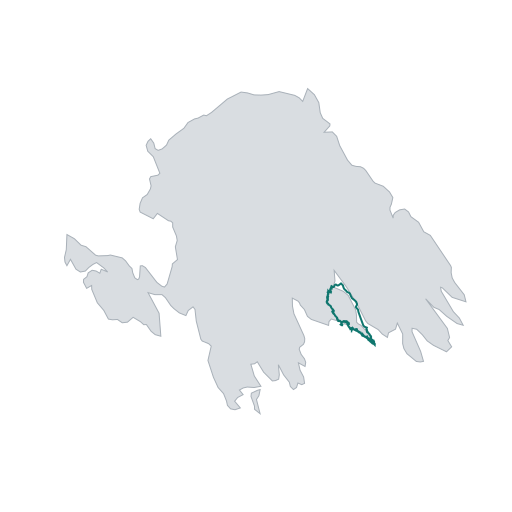 location of Kilrush Lea-5, Clare, Ireland, rotated 249°
{"feature_id": "5873133B68451217430396", "entity_name": "Kilrush Lea-5", "entity_type": "district", "adm_level": 2, "iso_a3": "IRL", "parent_name": "Ireland", "parent_adm1": "Clare", "projection": "natural_earth1", "projection_center": [-9.571, 52.715], "detail": "fine", "context": "in_parent", "style": "outline", "palette": "teal", "viewbox_px": 512, "rotation_deg": 249, "n_neighbors": 0, "source": "geoboundaries", "source_scale": "gbopen_adm2", "svg_char_len": 8931}
<svg xmlns="http://www.w3.org/2000/svg" viewBox="0 0 512 512"><g transform="rotate(249 256 256)"><path d="M325.6,100.6L314.3,106.5L312.6,108.8L309.5,117.8L309.1,120.4L302.2,130.4L298.2,132.5L292.2,134.1L288.8,135.7L284.5,134.9L279.1,135.0L276.4,136.8L276.5,138.2L278.2,139.8L288.2,144.4L287.7,146.4L284.9,148.6L266.9,154.0L261.6,157.2L259.8,159.4L261.7,163.0L276.1,173.9L278.6,175.1L280.8,181.4L293.5,184.0L298.7,188.0L303.2,188.9L312.9,188.6L316.8,190.1L319.0,189.0L320.3,186.9L331.1,179.2L327.6,173.4L338.5,163.6L341.5,163.7L346.7,166.7L351.0,170.9L352.4,176.5L356.5,181.5L359.1,183.2L366.1,184.2L367.8,186.2L366.6,193.4L367.7,195.9L385.5,195.7L392.6,192.5L398.7,193.1L401.8,196.3L403.2,199.7L398.0,201.0L392.4,200.3L389.7,202.5L389.6,206.7L391.6,212.2L395.4,216.1L398.5,224.8L401.1,234.5L405.0,240.4L406.0,247.7L405.5,251.3L406.3,257.7L404.7,260.0L406.0,266.0L412.8,285.5L414.4,300.8L411.3,306.5L407.1,311.9L404.4,318.4L402.3,325.3L401.2,336.5L392.1,349.7L388.2,353.0L383.6,355.0L393.8,364.2L385.7,368.3L376.7,369.6L366.7,367.3L360.6,367.6L352.8,372.4L351.0,371.5L347.1,363.9L344.5,371.7L338.8,374.2L329.0,373.7L312.7,375.8L306.4,378.0L303.8,381.5L301.9,385.5L299.3,387.9L296.5,389.1L283.8,392.1L281.3,393.3L275.5,399.8L267.9,403.6L261.5,404.7L255.8,400.9L253.5,398.6L250.9,397.5L242.2,397.6L244.9,398.8L246.7,401.5L247.6,406.6L246.6,411.6L242.4,414.2L237.2,414.7L229.2,419.9L218.5,421.3L212.8,426.1L177.4,434.2L175.4,434.3L170.5,432.2L165.2,431.3L160.0,432.0L145.2,436.5L138.0,435.6L147.1,424.3L159.4,418.6L160.7,417.1L156.7,416.3L133.3,420.3L125.2,423.6L117.1,424.6L120.9,419.5L131.4,412.4L140.4,407.8L144.3,403.7L155.3,399.0L119.8,408.7L110.5,407.5L108.3,404.8L101.1,406.1L98.3,399.5L109.1,389.6L115.4,385.4L122.8,383.1L130.0,379.8L132.6,375.8L129.3,374.5L107.9,375.5L97.6,374.6L98.2,371.4L100.1,367.9L110.7,361.9L116.5,360.9L121.6,361.5L130.6,365.0L142.7,363.9L137.7,360.0L136.8,352.2L132.9,349.5L137.9,345.9L143.5,343.7L152.9,336.2L156.2,335.1L174.8,333.2L194.8,329.3L214.6,323.8L204.4,320.8L199.5,316.8L191.7,324.9L186.1,328.0L170.2,329.7L165.1,328.7L158.1,326.2L155.9,327.2L153.8,329.1L143.3,333.1L132.2,334.1L145.1,326.8L161.4,314.4L165.0,310.5L170.2,303.7L168.6,300.6L165.2,298.9L177.0,284.9L181.2,282.4L188.7,282.0L194.3,279.8L196.7,279.8L198.9,279.0L203.7,274.8L196.2,272.1L188.5,270.7L164.6,272.2L161.4,271.9L158.5,270.6L156.6,268.7L155.1,264.0L153.4,262.9L148.0,262.9L142.6,264.4L138.9,264.3L135.3,262.2L141.1,257.3L133.6,256.2L126.0,257.1L119.7,255.7L119.5,252.6L122.4,249.6L118.7,246.7L117.9,243.1L121.9,241.3L126.2,241.9L135.1,239.2L146.5,237.9L136.8,235.2L132.9,233.0L132.7,229.5L133.5,226.5L144.8,221.5L156.8,219.3L155.9,216.0L156.8,212.4L144.6,211.4L132.6,213.9L133.9,207.1L136.8,200.9L137.4,196.8L136.8,192.5L131.2,194.3L130.5,188.2L128.1,184.0L119.8,186.9L120.0,181.3L122.4,177.5L126.8,175.8L131.1,176.5L139.1,176.4L146.8,173.5L158.0,172.8L175.7,173.7L187.9,181.9L191.1,180.4L195.9,175.3L198.2,174.7L216.6,176.9L228.0,179.9L231.1,179.0L229.4,173.2L225.5,169.2L230.4,164.0L236.3,160.5L240.3,158.7L249.6,156.5L253.6,154.4L256.2,147.7L260.5,142.1L237.3,145.0L215.2,138.4L218.7,133.7L223.3,131.1L231.3,129.1L232.1,126.6L236.1,124.6L242.8,119.3L240.3,112.3L241.6,107.2L246.4,103.9L247.9,99.1L250.0,95.6L259.8,94.4L269.2,91.1L283.7,90.7L287.4,92.0L286.5,86.3L293.3,85.5L296.0,86.7L297.2,90.7L300.4,93.3L301.4,97.9L299.3,101.3L295.9,104.0L299.1,106.8L294.2,111.8L299.5,109.6L307.0,104.8L306.6,100.8L305.2,95.8L303.1,91.3L304.0,86.3L308.2,83.2L319.4,81.6L314.7,76.0L318.8,75.5L323.3,76.7L329.8,81.1L343.8,87.2L337.1,92.7L328.8,96.5L325.6,100.6ZM130.1,209.3L129.8,212.0L124.5,208.6L121.9,205.0L107.3,203.3L113.4,199.7L116.4,200.8L126.7,201.0L129.6,202.5L130.1,209.3Z" fill="#d9dde1" stroke="#a8b0b8" stroke-width="1"/><path d="M172.9,331.2L174.3,332.8L175.0,333.1L177.4,333.1L179.2,332.3L182.2,330.5L184.8,330.2L186.9,330.2L188.0,329.9L189.9,328.1L191.3,327.7L193.5,326.6L195.0,326.4L197.5,326.6L199.9,325.5L199.1,322.7L199.1,321.9L199.4,321.3L200.5,320.6L200.8,320.2L200.8,319.7L200.6,319.1L199.4,317.9L199.3,317.2L199.5,316.7L200.0,316.1L200.4,315.9L201.7,315.5L200.4,315.7L199.8,316.0L199.2,316.0L199.4,315.9L199.5,315.7L198.6,315.0L199.4,314.5L199.2,314.3L198.9,314.2L198.4,313.5L198.4,313.4L198.1,313.2L197.2,313.2L196.8,312.8L196.3,313.1L196.2,312.9L195.4,313.0L195.3,312.9L195.6,312.8L196.1,312.4L196.3,312.3L196.6,312.0L196.2,312.0L196.0,311.9L196.1,311.7L196.2,311.4L196.5,311.2L197.4,310.9L196.5,310.5L196.6,310.3L196.5,310.2L196.4,309.9L195.8,309.9L195.7,309.9L195.8,310.1L195.6,310.5L195.0,310.2L194.5,309.9L194.2,309.5L194.3,309.3L193.8,308.9L193.6,308.8L193.3,308.9L192.9,308.9L192.9,308.7L192.7,308.7L192.2,308.7L191.9,308.5L192.4,308.4L192.4,308.2L192.0,308.1L192.0,307.6L191.5,307.5L190.7,307.8L190.6,307.6L190.8,307.3L190.6,307.2L190.0,307.2L189.5,307.5L189.3,307.4L189.1,307.3L189.0,306.7L188.7,306.8L188.4,306.4L188.5,306.2L188.0,305.8L187.8,305.5L187.0,305.7L186.6,305.5L186.1,305.6L185.9,305.8L185.9,306.1L185.6,306.3L185.4,306.2L184.8,306.1L184.3,306.6L183.5,307.0L183.1,307.5L182.3,307.7L182.1,307.9L181.3,307.7L180.4,307.9L179.7,308.0L179.0,308.4L178.8,308.6L178.0,308.8L177.5,308.8L177.0,309.0L176.3,308.5L176.3,308.4L176.2,308.3L176.5,308.2L176.4,308.0L176.4,307.8L177.0,307.5L176.9,307.3L176.7,307.2L175.4,307.7L175.1,307.5L174.4,307.7L174.4,308.0L173.1,308.4L172.3,308.4L171.5,308.6L170.9,309.0L169.8,309.3L169.4,309.6L168.7,309.6L168.5,309.4L168.5,309.2L168.2,309.1L167.4,309.2L167.2,309.6L166.7,309.6L165.8,309.5L165.7,309.7L165.6,310.0L165.9,310.1L166.0,310.2L165.9,310.3L165.6,310.4L165.7,310.6L165.6,311.0L164.4,311.7L163.6,311.9L163.3,311.8L163.2,311.8L163.3,311.7L163.0,311.8L163.3,312.3L163.4,312.8L163.6,313.2L163.5,313.5L163.0,313.6L163.3,313.6L163.4,313.8L163.3,314.0L163.6,314.1L163.8,314.3L163.8,314.8L163.7,315.0L163.4,315.1L162.1,315.5L162.5,315.5L162.4,315.7L162.7,315.6L162.8,315.7L163.0,315.9L163.0,316.6L162.6,317.3L161.7,317.7L161.4,317.6L160.9,317.7L160.5,317.6L160.3,317.7L160.4,317.9L160.7,318.1L160.7,318.3L160.5,318.5L160.0,318.6L159.6,318.5L159.8,318.2L159.5,318.0L159.6,317.8L159.5,317.6L158.9,317.6L158.8,317.4L159.0,317.1L158.6,317.2L158.4,317.1L157.9,317.2L157.5,317.1L156.7,317.3L155.8,317.5L155.7,317.7L155.8,317.7L154.7,317.8L154.8,317.9L154.6,318.0L154.8,318.1L154.8,318.3L154.6,318.5L154.6,318.8L154.2,318.8L153.7,318.9L153.1,318.9L153.6,319.2L153.6,319.5L153.3,319.5L152.9,319.3L152.7,319.2L152.8,319.4L153.1,319.6L153.1,319.8L153.8,320.0L153.6,320.2L154.0,320.5L153.3,320.8L152.8,320.7L151.9,321.4L151.5,321.4L151.9,321.5L151.5,321.8L151.4,322.0L151.1,322.2L151.5,322.1L151.2,322.4L151.3,322.5L150.9,322.6L151.0,322.8L151.4,322.7L151.5,323.4L151.8,323.5L151.7,323.8L151.4,324.0L151.2,323.9L151.2,323.7L150.4,323.6L149.9,323.8L149.7,323.7L149.6,323.9L149.8,324.0L149.3,324.2L149.2,324.3L149.0,324.5L148.7,324.3L148.2,324.6L148.5,324.9L148.2,325.1L148.1,325.3L147.6,325.5L147.4,325.8L147.3,325.7L146.7,325.8L146.5,326.0L146.4,325.8L146.4,326.1L146.2,326.4L145.2,327.0L145.4,327.3L145.1,327.1L144.9,327.2L144.9,327.4L144.6,327.4L144.7,327.5L144.1,327.6L143.7,327.7L143.7,327.9L143.0,328.1L142.6,328.1L142.2,328.4L142.1,328.6L142.2,328.3L141.8,328.8L141.8,328.6L141.7,328.7L141.6,328.8L141.2,328.9L140.8,329.2L141.0,329.1L140.9,329.3L141.2,329.2L141.2,329.4L140.7,329.5L140.9,329.5L140.7,329.5L140.2,329.8L140.4,330.0L140.2,330.1L140.4,330.2L140.2,330.3L140.5,330.3L140.1,330.5L140.3,330.7L140.2,330.7L140.2,330.8L139.6,330.9L139.6,331.1L139.3,331.2L138.7,331.3L138.6,331.5L138.5,331.2L138.1,331.3L138.3,331.4L138.2,331.5L137.9,331.6L136.8,331.6L136.8,331.8L136.5,331.7L136.3,332.1L136.3,331.9L136.2,332.0L136.3,331.8L136.1,331.9L135.9,331.9L135.8,332.0L135.6,332.1L135.3,332.0L135.1,332.1L135.3,332.1L134.9,332.2L135.1,332.2L134.9,332.3L135.6,332.4L135.6,332.5L134.8,332.8L135.0,332.9L134.7,333.2L133.6,333.0L133.3,333.3L132.5,333.5L132.3,333.8L132.2,334.1L132.3,334.1L131.8,334.4L131.8,334.5L130.6,335.0L131.3,335.3L131.7,335.2L131.7,335.3L132.8,335.1L133.2,335.3L133.5,335.2L134.1,335.2L134.2,335.4L133.9,335.4L134.0,335.5L134.5,335.2L134.9,335.2L135.0,335.1L135.4,334.9L135.7,334.8L136.2,334.4L136.3,334.2L136.1,334.1L137.3,333.9L138.0,333.8L138.3,334.1L138.8,334.0L139.2,334.2L139.3,334.4L139.4,334.5L140.2,334.5L141.7,333.9L142.0,334.0L142.8,333.8L143.9,333.3L144.9,333.1L144.6,332.9L144.7,332.6L145.3,332.4L145.7,332.5L145.9,332.8L146.0,332.8L146.0,332.7L146.4,332.6L146.6,332.7L146.6,332.9L147.1,333.1L147.9,333.0L148.2,332.8L149.4,333.8L151.1,331.9L152.7,331.3L159.9,331.4L167.1,331.6L169.2,332.0L170.0,331.8L171.8,331.1L172.3,331.0L172.9,331.2ZM161.2,311.6L161.5,311.6L161.7,311.3L162.1,311.2L161.7,311.0L161.7,311.3L161.3,311.5L159.8,311.3L160.1,311.5L160.3,311.9L160.2,311.9L160.7,311.9L161.2,311.6ZM145.5,326.5L145.7,326.4L145.8,326.3L145.3,326.4L145.5,326.5ZM160.8,313.5L160.6,313.5L160.8,313.5ZM161.9,310.3L161.6,310.4L162.1,310.4L161.9,310.3ZM154.3,318.0L154.6,317.9L154.3,318.0Z" fill="none" stroke="#0f766e" stroke-width="2"/></g></svg>